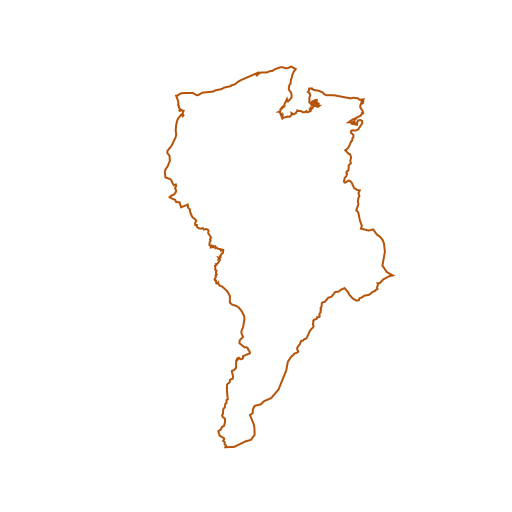 Soalala, Boeny, Madagascar, rotated 22°
{"feature_id": "10022922B91378939255033", "entity_name": "Soalala", "entity_type": "district", "adm_level": 2, "iso_a3": "MDG", "parent_name": "Madagascar", "parent_adm1": "Boeny", "projection": "mercator", "projection_center": [45.414, -16.649], "detail": "fine", "context": "isolated", "style": "outline", "palette": "amber", "viewbox_px": 512, "rotation_deg": 22, "n_neighbors": 0, "source": "geoboundaries", "source_scale": "gbopen_adm2", "svg_char_len": 6041}
<svg xmlns="http://www.w3.org/2000/svg" viewBox="0 0 512 512"><g transform="rotate(22 256 256)"><path d="M303.3,100.3L304.8,93.2L303.8,91.0L301.8,90.8L299.9,92.1L299.6,93.2L300.4,96.6L299.7,96.8L299.2,95.9L298.5,95.8L297.6,97.1L296.0,97.3L296.9,96.2L296.2,96.1L297.1,94.9L296.8,94.1L294.6,96.9L293.4,96.6L291.8,97.3L294.6,93.0L297.1,91.3L296.7,90.9L300.7,86.4L300.5,85.8L301.4,84.3L300.8,83.7L301.7,83.1L300.7,81.8L297.2,79.3L296.4,77.8L296.3,74.2L297.5,74.6L297.8,72.8L297.4,72.1L296.9,72.2L297.2,72.8L295.8,72.4L296.8,71.8L296.9,70.5L293.4,72.4L291.5,71.6L287.0,72.8L284.4,74.5L268.2,77.7L260.8,80.6L258.1,80.3L256.4,79.3L251.7,79.4L247.0,80.5L245.6,79.7L244.9,80.3L244.3,79.9L242.5,80.9L243.1,82.7L242.7,84.5L244.9,85.0L245.2,86.0L246.1,86.5L246.2,89.7L247.3,91.4L247.7,93.4L250.9,94.8L250.3,95.7L252.7,94.2L252.0,93.0L250.2,93.0L250.0,92.5L250.3,91.6L253.1,88.7L253.8,88.9L252.7,90.3L252.8,92.3L253.4,92.2L253.1,90.5L253.5,89.9L253.5,90.7L254.0,90.3L256.0,90.9L254.5,90.7L253.9,92.6L255.6,92.4L257.7,90.7L256.6,92.1L255.2,92.8L255.6,93.1L254.4,93.6L255.8,93.7L255.9,94.2L258.4,93.1L257.5,94.6L254.2,94.8L253.1,95.9L253.0,97.4L251.6,97.7L252.3,98.4L251.3,98.9L252.1,99.6L252.2,100.5L251.5,100.5L252.2,101.3L249.8,103.5L248.9,103.5L248.5,102.9L247.1,104.6L245.4,105.2L243.7,104.7L240.9,105.7L239.8,105.5L239.5,108.4L237.8,110.6L235.3,110.1L236.2,111.8L235.3,114.0L234.8,114.5L233.1,114.7L232.4,115.6L229.6,117.4L228.9,118.7L228.5,118.2L228.3,118.8L228.0,116.2L227.5,117.0L226.3,115.9L227.0,115.3L226.7,114.5L225.8,115.5L224.2,113.5L223.1,113.8L224.1,112.7L224.1,111.1L223.7,110.8L224.7,109.5L223.4,109.1L224.8,109.1L224.8,107.4L225.9,107.3L226.4,106.7L225.6,104.9L225.9,98.9L227.4,100.8L227.9,100.6L229.6,95.5L227.8,91.8L224.1,89.4L223.4,87.6L222.9,84.9L223.5,83.2L222.3,79.7L222.4,77.4L221.9,75.4L222.0,70.6L222.9,67.8L217.5,67.2L215.2,69.9L213.3,70.8L209.7,71.1L207.9,71.9L204.0,75.3L201.6,78.5L199.5,79.5L197.4,81.7L191.9,84.0L189.9,86.2L189.0,89.1L188.8,86.4L190.4,84.8L189.7,84.8L176.7,98.0L174.4,100.6L172.1,104.8L169.3,106.9L168.9,108.0L163.4,111.8L161.7,114.0L156.5,117.5L154.8,119.5L145.0,124.7L142.3,128.3L141.0,129.1L136.3,128.5L126.4,132.7L124.2,134.7L123.5,136.4L121.9,137.3L125.4,141.1L127.0,143.6L127.2,145.2L128.5,145.9L128.8,147.2L130.3,148.0L130.4,149.8L131.1,150.0L132.1,148.4L133.2,148.9L134.4,148.5L134.5,151.4L136.1,152.7L135.6,153.8L134.4,152.6L133.7,152.9L132.1,158.6L132.9,164.4L134.4,169.5L136.6,173.4L137.0,176.3L136.4,185.3L134.5,192.0L135.1,193.6L138.4,195.6L140.5,200.1L140.5,206.1L139.6,209.8L140.1,212.5L142.6,217.1L147.5,216.8L149.6,217.8L151.4,219.9L153.5,221.2L154.8,219.7L155.8,220.9L155.5,223.5L157.6,225.3L157.7,227.0L157.1,229.4L154.9,231.7L153.8,233.7L155.3,234.2L159.9,234.2L161.9,235.9L164.9,234.8L168.3,238.9L173.5,233.9L174.7,236.5L177.3,237.6L177.9,239.2L181.3,242.8L182.6,243.9L186.0,244.8L187.4,245.7L187.2,248.3L188.0,250.0L189.5,249.4L190.5,251.3L193.1,251.7L195.0,251.1L196.3,250.0L197.7,251.0L199.8,249.6L201.7,249.7L202.6,250.6L203.0,252.6L207.5,255.8L207.1,257.7L208.2,258.7L207.9,260.5L208.6,263.2L209.3,263.5L210.5,263.0L210.8,264.7L212.7,262.5L213.3,262.7L213.2,263.6L214.6,262.4L215.4,264.0L216.6,263.0L218.2,263.6L220.1,263.0L221.5,264.1L221.8,262.8L223.4,262.7L224.2,265.5L223.0,267.7L223.2,268.6L222.7,269.6L223.7,270.6L223.2,271.4L221.8,271.5L222.5,272.0L222.4,273.1L223.2,272.6L224.1,273.2L223.2,277.5L221.9,278.5L222.5,279.4L221.6,280.4L222.7,282.0L223.1,283.7L224.1,284.5L224.8,284.3L225.3,287.1L226.5,287.9L225.8,289.2L226.6,289.8L226.4,293.4L227.1,293.9L228.0,293.7L229.4,296.2L230.5,296.0L230.9,294.8L231.6,296.0L233.6,297.1L236.1,297.0L242.7,299.5L246.8,302.9L249.2,309.0L252.0,310.0L257.1,309.7L259.7,310.4L263.6,312.7L267.4,316.0L268.9,318.8L269.6,321.8L270.7,326.8L270.7,331.5L271.6,333.2L274.3,335.9L272.5,340.2L273.2,343.0L279.5,345.0L281.6,344.2L283.4,344.8L283.8,345.8L285.8,346.8L286.8,348.4L281.4,353.9L282.2,355.4L282.0,356.3L280.4,357.5L278.8,356.9L278.0,358.7L277.4,357.5L277.0,358.0L276.9,360.6L279.4,367.3L278.2,370.3L276.9,371.1L276.7,371.9L279.8,376.2L280.4,378.4L278.3,380.5L278.9,382.9L277.6,385.1L277.4,386.4L279.8,392.4L283.5,399.4L282.7,400.6L283.7,403.4L282.9,404.7L283.8,407.5L283.0,410.4L284.5,414.5L284.2,416.4L285.4,417.7L288.1,418.4L289.5,421.6L290.0,425.5L288.5,427.1L288.4,430.3L286.8,432.1L286.8,432.8L289.6,436.2L294.7,437.0L295.1,437.8L294.8,439.7L296.7,440.3L297.3,442.1L299.1,442.9L299.2,444.8L307.4,441.1L315.8,431.7L320.1,428.5L321.7,422.3L318.7,415.5L316.6,412.5L310.0,405.8L311.8,402.9L310.5,399.3L310.9,395.4L316.1,391.7L317.9,387.5L323.3,382.1L326.9,371.2L326.9,350.6L325.1,342.1L326.6,335.3L327.8,333.9L328.0,332.3L330.5,330.0L331.0,328.8L329.0,326.9L328.6,325.3L329.7,321.1L329.6,318.0L331.5,316.6L331.6,315.5L333.2,314.0L333.7,312.7L334.1,304.6L335.7,300.6L335.5,299.1L334.3,298.1L334.0,295.7L333.3,294.6L333.9,293.2L335.8,291.6L335.6,289.8L337.2,289.2L337.7,288.2L336.5,286.2L337.0,284.0L336.2,282.3L336.4,281.2L335.3,280.0L335.8,278.4L334.7,275.2L335.0,274.1L337.0,272.8L338.6,267.6L341.2,265.6L342.9,259.8L345.9,258.1L347.3,255.6L350.1,252.6L355.0,255.1L356.9,256.9L361.8,259.2L365.9,259.7L367.9,258.6L367.9,256.3L369.8,254.6L371.3,252.2L375.4,249.6L377.7,245.4L379.2,244.2L379.9,242.3L381.0,241.3L380.1,240.0L379.6,236.2L379.0,235.7L380.8,234.9L382.8,230.0L387.1,224.8L390.1,222.8L383.3,221.9L376.8,217.5L373.9,203.7L370.0,196.5L367.1,193.5L364.1,191.9L360.0,190.8L354.7,187.5L350.9,190.2L343.0,191.3L342.9,188.5L339.2,184.4L334.7,177.6L333.4,176.6L331.9,176.2L331.5,169.4L330.0,167.3L329.2,164.0L329.4,161.7L327.5,159.4L327.6,156.3L325.3,156.8L321.7,156.4L317.2,152.1L314.9,151.1L313.5,151.4L311.2,154.6L310.5,154.7L309.6,153.9L309.0,150.4L309.8,148.3L309.8,146.7L309.6,145.5L308.6,145.1L308.4,144.2L308.7,143.1L309.5,142.5L309.5,141.2L308.0,137.3L309.2,134.5L307.6,132.1L307.4,129.2L305.2,126.5L303.3,126.4L299.1,124.5L300.6,122.2L301.2,119.6L301.3,114.0L302.0,112.9L301.3,110.8L301.8,109.6L300.9,107.2L297.9,106.2L297.4,104.4L298.0,103.5L301.5,102.3L303.3,100.3Z" fill="none" stroke="#b45309" stroke-width="2"/></g></svg>